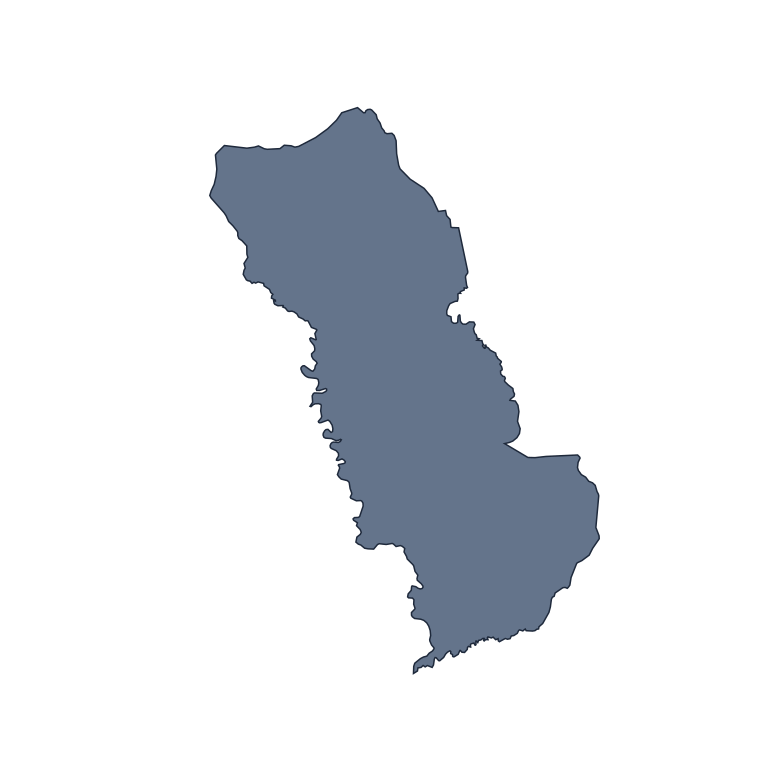 Duc Linh, Bình Thuận, Vietnam, rotated 312°
{"feature_id": "81297802B10372149063277", "entity_name": "Duc Linh", "entity_type": "district", "adm_level": 2, "iso_a3": "VNM", "parent_name": "Vietnam", "parent_adm1": "Bình Thuận", "projection": "mercator", "projection_center": [107.507, 11.194], "detail": "fine", "context": "isolated", "style": "filled", "palette": "slate", "viewbox_px": 768, "rotation_deg": 312, "n_neighbors": 0, "source": "geoboundaries", "source_scale": "gbopen_adm2", "svg_char_len": 6171}
<svg xmlns="http://www.w3.org/2000/svg" viewBox="0 0 768 768"><g transform="rotate(312 384 384)"><path d="M406.5,131.2L404.3,150.4L403.4,154.0L400.8,159.9L400.5,165.8L399.3,172.8L398.6,174.1L396.4,176.1L395.0,178.8L395.5,182.6L394.8,189.6L388.7,195.3L387.0,198.1L379.9,199.3L377.3,203.3L374.8,203.9L371.3,206.0L369.3,212.0L369.6,213.6L370.8,215.6L370.5,218.6L372.6,219.3L373.1,221.1L375.6,222.1L378.2,227.2L376.7,229.2L377.7,235.6L376.2,238.7L376.3,241.4L374.3,241.6L372.5,242.9L373.6,247.2L373.0,247.8L372.6,246.1L372.1,246.1L370.4,248.4L370.2,249.5L371.1,252.7L374.8,256.5L374.6,257.1L373.5,257.3L374.4,259.9L373.8,263.5L374.3,264.8L376.5,266.8L377.4,268.9L377.8,272.5L376.7,275.7L378.1,280.3L378.2,283.2L379.6,284.4L380.0,285.5L377.5,292.2L379.3,296.9L379.2,298.0L375.2,298.9L371.7,303.9L371.1,303.6L369.4,298.7L367.9,298.6L366.8,300.5L365.8,306.4L363.9,309.0L362.2,310.2L357.9,310.0L356.2,311.7L355.1,314.7L355.3,318.7L354.7,320.4L351.6,320.8L348.7,322.5L345.9,322.6L345.2,321.0L344.3,312.6L343.3,311.6L341.7,311.3L340.4,311.5L339.5,312.3L337.9,315.5L337.4,319.3L337.6,321.4L338.3,323.5L343.0,330.2L343.3,332.0L341.4,334.6L339.1,336.1L334.9,337.0L334.2,338.3L336.0,340.4L341.5,343.6L341.8,344.8L340.7,345.7L339.4,345.7L335.8,344.3L330.9,338.4L329.7,337.9L327.1,338.6L322.7,343.2L317.9,343.9L318.3,344.9L321.5,345.3L323.2,346.1L325.6,348.5L326.5,350.7L325.9,351.9L321.7,354.9L318.2,359.4L316.6,360.1L312.3,360.2L311.8,361.1L312.0,362.0L313.1,363.0L319.7,366.5L320.0,368.6L318.7,373.0L316.5,376.0L314.2,377.6L312.6,377.1L312.8,372.7L311.3,371.4L309.5,371.2L306.8,371.8L305.3,372.9L304.2,374.9L304.6,376.7L308.3,381.5L309.8,386.2L311.6,387.8L313.8,388.7L314.0,389.6L312.1,390.0L310.0,389.2L307.1,385.4L305.9,384.6L304.0,384.5L302.1,385.2L301.0,386.5L300.8,387.9L302.5,393.2L302.0,396.5L300.1,398.4L296.3,399.1L295.6,399.7L296.5,401.1L300.2,402.9L300.7,404.9L300.4,407.2L299.4,407.8L298.1,407.4L293.7,404.2L293.0,404.5L292.6,406.3L291.7,407.4L285.5,410.0L284.8,412.7L284.7,415.8L287.7,421.5L287.6,423.9L283.6,428.8L281.4,432.9L280.5,433.7L277.4,434.6L276.9,435.7L278.7,441.6L281.8,444.7L282.1,445.9L281.4,448.1L279.3,450.2L269.4,454.5L267.8,454.3L264.9,451.4L263.0,451.3L262.4,452.6L263.1,457.1L260.3,458.4L259.9,463.7L258.6,466.3L256.4,467.0L252.1,466.3L247.7,468.9L247.8,472.1L248.8,474.4L249.0,479.5L250.8,482.4L254.4,486.8L260.4,486.6L262.1,487.3L266.2,493.0L271.0,496.8L271.4,498.1L271.3,501.7L274.9,504.3L275.6,506.2L275.7,509.4L272.6,511.3L271.0,516.0L269.5,518.4L269.1,526.3L268.7,527.8L265.5,532.5L264.6,537.0L261.5,538.7L260.4,540.1L260.5,545.4L259.9,548.1L259.0,549.0L257.6,549.2L256.0,548.1L255.0,546.0L254.7,543.3L252.8,540.0L251.9,540.1L248.9,542.3L244.2,542.4L241.6,544.0L241.5,545.3L244.0,548.5L243.7,550.6L240.2,553.4L238.1,557.1L237.3,557.5L232.6,557.3L230.6,559.1L230.0,560.7L230.2,563.6L233.8,568.7L235.0,571.8L235.1,575.6L234.0,579.3L231.7,583.3L228.3,587.0L224.6,589.0L223.7,590.0L221.9,593.9L221.4,597.5L220.8,598.3L218.1,598.7L214.2,597.7L210.4,597.9L207.5,596.0L204.2,594.8L197.1,593.7L194.1,595.0L188.6,599.6L193.1,600.9L195.7,599.2L198.2,601.2L201.0,601.4L201.3,603.9L203.8,604.6L205.6,609.4L208.3,608.8L213.2,605.5L214.9,605.0L215.5,605.9L215.0,609.7L215.6,610.6L220.7,611.3L224.5,610.5L227.1,610.6L229.8,611.5L229.9,612.6L228.3,613.9L228.8,615.9L227.6,617.2L227.6,618.0L228.3,618.7L232.7,620.0L236.7,618.7L237.1,619.1L236.8,621.4L238.4,623.5L242.4,623.5L244.2,622.3L245.5,622.3L246.5,624.4L248.2,622.6L249.2,622.6L251.7,624.2L250.8,626.0L251.2,626.8L252.1,626.6L254.3,624.3L254.9,624.8L254.6,626.7L256.8,625.9L258.5,627.2L261.2,627.8L261.9,628.7L260.0,629.7L260.1,630.4L262.1,630.6L263.6,632.4L264.6,630.6L265.6,630.5L267.1,633.7L268.9,634.5L268.7,638.1L271.1,639.2L269.6,640.8L269.7,642.2L276.0,644.4L277.0,646.6L279.1,648.1L281.9,647.2L283.9,648.8L287.9,649.9L290.9,649.0L292.0,649.3L293.4,652.4L296.4,652.9L295.8,654.7L299.8,659.7L301.7,661.2L304.1,661.7L305.4,662.8L307.3,661.6L312.2,662.2L324.6,659.4L329.7,656.8L336.1,652.4L338.2,651.8L340.1,652.5L343.2,651.0L352.3,653.2L354.0,654.7L354.8,656.9L356.3,657.0L358.9,656.7L365.4,652.5L379.4,647.3L380.5,647.3L385.1,649.2L394.1,651.0L401.5,649.0L413.0,647.5L415.1,645.4L419.1,637.5L444.6,618.4L445.6,617.0L446.6,614.3L450.0,608.8L450.1,605.1L448.7,601.2L449.7,596.2L448.7,591.3L449.8,586.3L451.4,583.7L455.6,580.7L460.1,579.3L460.6,578.4L460.8,575.4L438.6,552.9L430.3,545.5L425.7,540.1L420.4,513.5L424.6,516.4L427.8,517.9L433.1,518.7L437.8,517.8L441.9,515.1L445.6,508.2L453.7,502.8L457.8,497.8L459.2,493.0L456.1,488.5L457.4,488.1L461.8,488.9L463.9,487.7L464.9,485.2L466.9,482.8L466.4,477.1L466.6,472.0L467.2,471.2L469.3,470.4L469.9,469.4L470.0,468.3L469.2,467.1L469.6,464.0L471.6,461.9L473.6,462.3L474.2,461.8L475.4,460.1L476.3,456.8L478.3,456.7L479.2,456.1L479.1,451.1L479.8,450.3L479.9,448.7L481.7,446.3L480.2,440.4L480.6,437.4L480.1,435.4L481.0,433.6L480.1,433.3L478.4,435.2L477.8,434.8L477.8,433.8L478.2,431.7L478.7,431.4L479.8,432.0L480.0,430.4L481.8,427.7L478.8,423.9L481.3,424.4L480.3,422.6L482.3,419.6L482.3,417.8L483.1,416.2L484.9,413.5L489.1,411.9L490.1,409.3L487.3,405.9L483.3,404.9L481.4,402.7L481.2,400.8L481.9,398.6L485.9,394.4L485.7,393.7L483.9,393.8L479.2,397.4L477.6,397.1L475.7,395.1L475.5,392.4L478.8,388.8L477.4,385.2L478.1,383.7L480.5,381.6L485.4,379.7L488.0,379.3L492.9,381.5L494.7,383.1L497.1,381.8L500.3,378.7L501.5,379.0L502.7,380.3L503.1,379.2L503.9,379.0L507.5,380.7L509.1,379.3L510.3,381.2L511.6,381.5L512.6,379.4L517.8,373.2L519.1,372.3L522.5,371.9L523.7,370.9L550.0,334.9L545.8,329.9L545.4,328.7L550.5,323.0L551.0,317.9L554.1,313.6L548.6,308.9L554.5,295.2L556.2,282.9L553.7,266.5L554.6,252.0L556.4,248.5L563.6,239.3L572.9,230.2L575.5,225.2L575.6,222.1L572.0,218.7L571.3,216.4L572.2,214.7L572.8,210.9L575.3,206.5L576.5,201.5L578.9,198.0L579.4,191.5L578.9,189.9L577.0,188.2L575.0,187.7L573.0,188.4L571.9,187.3L571.7,179.4L557.3,171.1L548.3,172.2L536.0,171.4L521.4,168.3L503.5,161.6L500.4,159.3L498.9,155.6L494.7,150.1L489.3,149.2L480.3,140.2L478.7,137.6L476.9,131.4L473.4,129.3L467.5,124.3L454.4,105.8L443.4,105.2L441.4,105.5L431.8,116.0L426.0,120.2L418.8,124.2L412.0,126.3L407.5,128.4L406.5,131.2Z" fill="#64748b" stroke="#1e293b" stroke-width="1.5"/></g></svg>